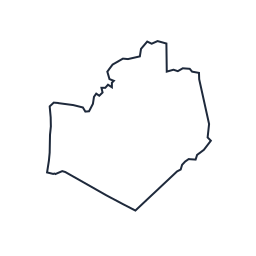 the district of Pender, North Carolina, United States of America, rotated 137°
{"feature_id": "52423323B64112119736585", "entity_name": "Pender", "entity_type": "district", "adm_level": 2, "iso_a3": "USA", "parent_name": "United States of America", "parent_adm1": "North Carolina", "projection": "equal_earth", "projection_center": [-77.903, 34.513], "detail": "fine", "context": "isolated", "style": "outline", "palette": "slate", "viewbox_px": 256, "rotation_deg": 137, "n_neighbors": 0, "source": "geoboundaries", "source_scale": "gbopen_adm2", "svg_char_len": 1047}
<svg xmlns="http://www.w3.org/2000/svg" viewBox="0 0 256 256"><g transform="rotate(137 128 128)"><path d="M42.7,115.1L38.5,119.9L42.7,125.5L42.5,129.2L47.2,134.3L52.8,135.6L55.0,139.6L61.2,142.8L42.3,163.6L47.1,171.4L53.2,173.5L55.0,178.1L64.5,177.0L70.5,172.3L81.0,178.4L84.4,182.2L96.0,184.9L102.2,183.8L102.4,183.7L104.7,183.3L108.2,176.4L106.2,172.2L108.9,172.1L112.0,168.8L113.1,173.3L117.2,172.9L120.0,175.5L122.4,171.3L127.0,171.2L127.8,174.8L131.6,174.0L137.2,169.6L145.1,166.8L148.0,169.1L147.0,173.8L152.4,182.1L161.9,193.6L162.0,193.9L165.0,197.2L170.5,197.2L171.1,196.5L177.3,188.5L183.4,181.7L189.7,176.2L202.2,163.3L208.2,158.0L217.5,150.7L214.0,145.4L213.5,145.2L212.9,144.8L212.8,144.7L212.6,144.3L212.4,144.0L212.4,143.8L205.5,141.3L203.9,138.6L189.8,93.7L188.5,89.9L188.4,89.6L183.9,76.6L183.7,76.0L178.9,62.6L178.2,62.6L121.7,62.8L117.8,61.7L113.5,64.2L109.1,64.5L104.9,63.9L104.7,63.8L104.7,63.7L100.1,58.8L95.8,61.2L87.4,60.3L76.1,62.2L76.2,66.8L66.0,75.6L42.7,115.1Z" fill="none" stroke="#1e293b" stroke-width="2"/></g></svg>